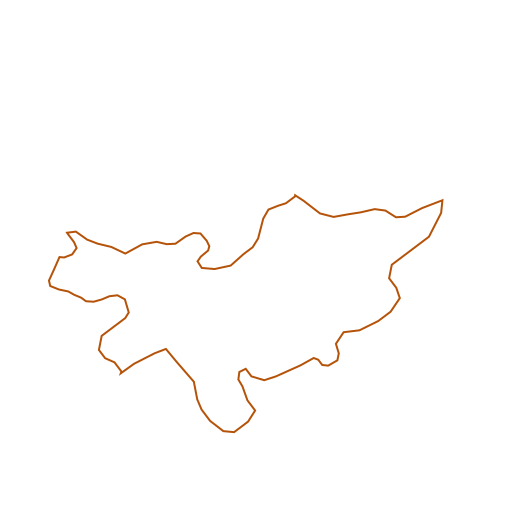 map outline of Studeničani (Equal Earth projection), rotated 233°
{"feature_id": "MKD-2912", "entity_name": "Studeničani", "entity_type": "Statistical Region", "adm_level": 1, "iso_a3": "MKD", "parent_name": "North Macedonia", "parent_adm1": "", "projection": "equal_earth", "projection_center": [21.451, 41.794], "detail": "fine", "context": "isolated", "style": "outline", "palette": "amber", "viewbox_px": 512, "rotation_deg": 233, "n_neighbors": 0, "source": "natural_earth", "source_scale": "10m", "svg_char_len": 1514}
<svg xmlns="http://www.w3.org/2000/svg" viewBox="0 0 512 512"><g transform="rotate(233 256 256)"><path d="M146.2,348.9L138.6,346.4L135.8,345.5L130.5,330.0L130.5,314.5L134.4,293.9L142.4,280.1L137.8,267.0L128.4,263.5L123.7,258.2L125.0,247.7L129.1,243.3L135.7,243.3L139.8,240.7L141.9,225.7L147.9,199.3L151.9,187.8L162.6,179.9L172.1,179.9L173.4,172.9L168.0,167.6L160.0,166.7L145.9,162.3L133.1,162.3L128.5,150.0L128.5,132.5L135.8,124.5L151.9,120.1L166.1,120.1L176.9,122.8L193.0,130.7L219.1,128.9L236.0,128.1L239.3,116.6L243.3,93.8L243.7,77.5L244.7,79.0L247.3,79.0L256.2,79.0L265.2,74.0L275.5,74.0L285.1,84.7L285.1,100.5L285.1,114.2L287.5,120.4L300.3,125.2L308.0,121.7L312.1,114.7L314.1,106.7L317.2,98.8L322.2,93.0L327.9,91.3L334.7,87.3L336.0,86.8L340.7,84.7L347.8,78.5L354.9,74.2L355.9,73.6L361.0,75.9L366.7,86.4L373.4,98.4L370.3,101.9L367.9,110.1L370.3,117.5L376.5,119.0L387.3,119.0L388.3,119.1L383.9,126.8L370.7,131.0L361.1,137.0L350.3,145.9L336.6,153.1L333.8,172.1L327.1,185.2L319.2,191.8L314.3,199.0L313.9,211.5L312.0,219.9L307.4,225.2L297.8,225.8L291.9,224.6L289.2,221.1L288.7,211.5L286.9,206.1L279.1,205.5L270.5,215.1L263.6,230.0L265.0,247.3L265.0,258.6L268.7,268.2L281.5,284.3L285.6,293.9L282.8,304.0L280.1,311.7L280.1,323.1L280.9,323.8L271.6,327.2L251.5,332.7L240.5,341.5L233.8,354.8L227.9,365.8L222.0,379.0L214.4,386.7L202.7,391.1L197.6,398.8L194.3,417.5L189.5,434.3L188.3,438.4L179.0,429.8L167.3,405.7L167.3,391.9L167.3,359.2L158.1,348.9L146.2,348.9Z" fill="none" stroke="#b45309" stroke-width="2"/></g></svg>